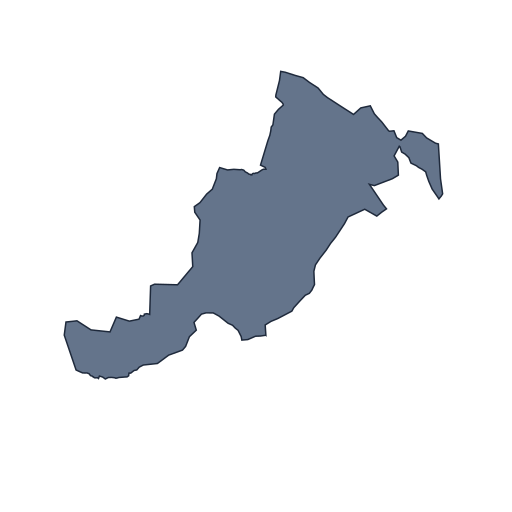 the district of Shelleng, Adamawa, Nigeria, rotated 218°
{"feature_id": "59680162B98903295811344", "entity_name": "Shelleng", "entity_type": "district", "adm_level": 2, "iso_a3": "NGA", "parent_name": "Nigeria", "parent_adm1": "Adamawa", "projection": "albers", "projection_center": [12.115, 9.939], "detail": "fine", "context": "isolated", "style": "filled", "palette": "slate", "viewbox_px": 512, "rotation_deg": 218, "n_neighbors": 0, "source": "geoboundaries", "source_scale": "gbopen_adm2", "svg_char_len": 2859}
<svg xmlns="http://www.w3.org/2000/svg" viewBox="0 0 512 512"><g transform="rotate(218 256 256)"><path d="M245.5,440.0L250.3,440.9L258.4,444.7L264.6,437.2L266.3,427.6L282.4,426.1L290.5,425.4L297.2,424.8L302.5,424.8L310.5,426.6L320.7,425.7L328.6,425.6L336.1,422.5L346.1,418.8L349.2,417.2L350.2,416.7L345.5,408.7L339.5,395.2L338.4,393.5L331.6,393.1L330.5,393.1L328.8,392.7L328.2,392.4L327.5,391.9L327.5,391.2L328.6,385.4L328.8,379.1L323.4,369.7L323.4,367.0L321.4,363.7L319.4,359.6L318.0,355.3L317.4,353.6L308.4,330.4L303.3,331.5L301.6,330.5L303.5,329.0L304.2,327.8L306.0,322.4L307.2,321.4L307.8,320.3L308.2,319.9L308.6,319.8L308.9,319.5L309.2,319.1L309.3,319.0L309.5,317.7L309.3,317.3L310.0,317.1L310.3,316.7L310.8,316.8L312.1,316.1L313.7,316.2L316.3,315.7L318.5,316.1L320.6,315.3L321.6,314.2L326.9,310.6L331.4,306.3L339.1,303.3L337.5,296.9L334.8,292.5L331.5,281.5L331.7,281.1L333.0,274.4L333.0,263.6L335.0,256.9L331.2,252.8L322.2,249.9L314.6,238.9L310.2,230.8L308.4,219.1L299.3,208.7L300.1,185.0L318.6,171.3L320.6,167.5L303.8,144.5L305.5,143.9L306.7,143.2L308.2,141.4L307.6,140.5L307.8,139.5L308.9,138.4L310.3,138.0L309.3,134.2L315.7,126.7L328.4,121.9L324.3,106.3L340.5,96.2L357.2,94.7L359.7,92.2L365.1,87.0L358.4,75.6L348.8,69.3L327.6,55.4L324.2,56.2L320.7,57.1L318.5,58.7L317.6,59.5L316.7,60.0L316.0,60.1L315.3,60.4L314.8,60.5L314.5,60.3L314.1,60.3L313.6,60.0L313.3,60.0L312.9,60.0L312.7,59.9L312.3,60.0L311.2,60.5L310.3,60.5L310.0,60.4L309.6,60.7L309.1,60.5L308.1,60.7L307.2,61.4L305.9,62.5L304.7,62.5L305.5,65.0L302.3,66.2L299.0,66.3L297.6,69.3L295.1,71.4L292.5,73.0L291.4,73.3L290.5,74.1L289.3,75.8L284.5,80.2L283.2,81.3L282.6,83.2L284.0,85.5L282.6,86.6L281.6,90.7L279.8,92.8L279.6,96.5L277.7,100.7L267.5,110.6L263.8,124.1L256.0,136.6L255.8,141.4L258.8,151.4L257.4,160.8L264.0,165.5L263.6,170.3L263.2,176.6L260.4,180.4L254.7,184.8L252.4,185.2L248.1,185.9L236.6,185.8L231.8,187.0L227.9,186.4L227.5,186.4L224.4,186.4L218.1,183.4L215.4,181.0L211.0,185.1L207.0,192.5L203.2,195.7L199.5,199.6L199.4,199.6L206.3,207.3L203.9,213.8L200.4,220.0L193.8,234.6L194.4,238.6L193.7,248.0L193.0,255.4L191.0,259.4L191.0,263.5L191.6,266.0L192.3,269.5L197.0,274.9L201.0,279.6L203.7,285.6L204.3,293.7L204.3,302.7L204.3,303.8L205.0,311.8L204.9,318.3L204.9,319.9L205.3,324.8L205.6,328.6L206.2,336.0L207.5,343.4L199.1,359.8L185.4,361.8L184.0,367.7L182.2,373.5L187.0,374.6L210.8,382.3L206.1,384.3L196.1,400.9L193.6,407.4L202.1,417.3L208.8,419.9L210.7,430.7L209.8,430.7L205.2,427.6L201.3,428.1L196.1,427.6L191.1,424.6L185.2,425.9L182.5,425.9L178.5,426.6L174.1,426.8L171.1,424.6L165.8,421.2L158.4,417.2L149.7,414.5L147.0,413.6L146.9,417.3L147.2,419.9L158.1,430.4L181.3,456.6L184.0,455.4L194.3,454.1L200.4,455.0L213.0,448.3L211.9,442.4L213.1,436.5L218.0,435.9L224.4,439.6L227.7,436.4L229.0,436.4L239.2,439.0L245.5,440.0Z" fill="#64748b" stroke="#1e293b" stroke-width="1.5"/></g></svg>